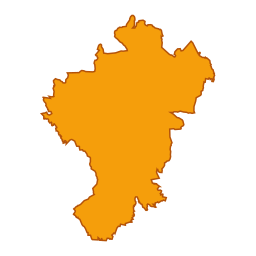 outline of Tepetlán, Veracruz, Mexico
{"feature_id": "50627088B10984666318853", "entity_name": "Tepetlán", "entity_type": "district", "adm_level": 2, "iso_a3": "MEX", "parent_name": "Mexico", "parent_adm1": "Veracruz", "projection": "albers", "projection_center": [-96.778, 19.664], "detail": "fine", "context": "isolated", "style": "filled", "palette": "amber", "viewbox_px": 256, "rotation_deg": 0, "n_neighbors": 0, "source": "geoboundaries", "source_scale": "gbopen_adm2", "svg_char_len": 5740}
<svg xmlns="http://www.w3.org/2000/svg" viewBox="0 0 256 256"><path d="M41.4,113.7L43.8,116.1L43.8,118.8L44.6,119.0L45.2,118.4L46.2,119.1L47.1,118.8L48.1,119.1L48.6,119.9L48.6,121.4L49.9,123.0L51.2,122.2L51.6,122.5L51.5,124.2L51.8,125.4L52.2,125.7L53.3,125.3L53.4,124.3L54.2,123.9L56.8,127.2L56.8,127.7L55.7,128.2L56.2,130.9L56.8,130.6L58.7,132.4L58.5,133.7L59.2,135.1L59.9,134.8L60.9,135.8L60.4,136.3L61.4,136.8L60.7,137.8L62.6,140.1L62.2,140.7L63.0,141.8L63.2,143.2L64.9,142.7L64.2,141.4L65.0,140.6L65.9,141.1L66.5,142.7L66.3,143.9L69.8,140.2L70.9,139.6L71.9,139.5L74.7,141.1L76.7,146.2L79.2,146.4L79.5,146.9L79.4,147.9L79.9,150.0L82.5,149.8L83.2,151.0L85.0,151.3L86.9,154.0L87.4,156.0L89.9,157.2L90.4,157.9L90.4,161.8L89.7,164.0L90.2,165.7L91.3,167.0L91.2,168.8L95.0,171.2L96.0,173.3L96.1,175.6L97.1,177.3L97.2,178.8L97.7,179.3L96.8,184.1L92.8,188.4L93.5,191.5L93.4,192.7L93.8,194.1L94.2,194.5L89.5,197.1L88.2,199.1L84.3,200.6L80.6,204.4L78.6,205.5L78.0,205.4L77.4,206.3L76.8,206.3L76.0,206.8L74.4,208.6L73.6,208.3L73.9,208.6L73.7,208.9L75.2,210.6L75.2,211.7L74.1,213.4L74.3,214.0L73.6,214.0L73.5,214.4L75.5,215.7L75.7,216.3L76.3,216.7L76.3,217.3L77.2,217.7L77.9,217.4L78.1,218.3L79.9,219.4L82.0,224.5L82.8,225.7L84.2,226.6L85.4,228.5L87.1,232.6L88.0,232.6L88.0,235.2L90.5,235.3L91.7,238.9L92.4,239.6L98.0,239.9L98.1,237.6L99.2,238.6L99.6,240.2L101.0,240.3L101.1,239.1L101.7,238.7L102.4,240.4L106.2,240.6L107.2,238.3L108.7,238.3L110.0,238.7L109.8,239.1L112.1,239.2L112.9,236.5L111.9,235.5L112.0,234.9L112.5,234.8L113.7,233.1L114.8,233.0L115.0,233.5L116.9,228.1L118.3,226.3L120.0,226.4L120.5,224.2L125.4,225.2L125.4,223.5L130.4,221.9L131.1,220.6L131.7,221.9L131.4,222.2L131.9,222.2L131.6,219.4L133.1,219.2L132.1,217.6L133.9,216.2L134.2,215.4L133.3,215.1L134.2,214.6L133.4,212.7L133.7,211.5L134.4,211.1L133.7,210.5L133.4,207.2L133.5,206.5L133.9,206.8L134.3,206.4L134.1,205.3L135.2,204.9L135.0,204.5L135.8,203.8L135.9,201.9L135.2,201.0L134.9,199.0L135.3,197.4L135.9,196.8L137.2,197.0L139.0,201.2L138.6,201.4L139.1,202.6L139.7,202.4L140.4,203.7L142.0,204.4L142.8,207.2L144.4,208.1L145.6,210.0L145.9,209.7L146.5,210.3L147.0,210.3L147.5,209.6L146.8,207.7L147.4,206.6L147.1,204.8L147.7,204.0L149.8,204.9L150.3,206.0L151.5,206.5L153.7,206.6L155.3,207.3L155.9,207.1L153.2,204.3L154.6,204.4L155.1,205.0L155.3,202.8L157.0,202.5L157.7,201.9L158.6,202.7L161.5,200.8L162.4,200.9L163.4,200.1L165.3,200.8L166.3,197.6L162.6,196.8L162.9,194.3L162.3,194.1L161.7,194.7L160.7,194.9L160.8,193.8L160.3,193.6L161.4,191.9L161.5,190.8L160.4,190.1L158.6,190.3L157.8,189.9L157.4,188.9L159.1,186.5L159.7,186.5L156.2,183.9L153.4,184.0L154.8,183.5L152.4,183.1L151.3,179.7L159.2,178.2L156.8,173.2L156.5,171.9L156.9,169.9L157.0,170.2L157.4,169.4L157.7,169.4L158.4,171.6L160.2,172.6L160.0,172.4L161.9,172.5L162.2,170.0L161.8,169.0L163.3,167.4L164.5,165.5L164.6,162.8L165.7,162.4L166.8,161.2L169.0,160.6L170.0,159.0L170.6,156.7L170.4,154.7L170.7,151.5L170.1,149.4L170.5,146.3L171.2,145.4L171.1,144.1L172.0,142.8L169.9,137.0L169.7,129.1L173.8,128.7L174.9,129.5L180.3,129.1L181.1,128.7L180.8,127.5L181.7,126.5L183.4,125.6L183.8,124.6L182.9,121.0L182.2,119.9L178.9,117.9L177.0,117.5L173.3,114.1L170.7,112.5L172.9,112.5L174.0,111.8L176.7,111.8L177.7,112.1L180.2,111.1L183.5,112.0L186.6,112.3L188.4,113.1L189.9,112.8L192.1,113.3L194.6,112.8L193.9,110.9L194.0,106.5L195.6,101.4L196.2,97.7L200.6,95.3L201.2,94.2L201.1,91.3L202.7,90.5L202.9,89.9L202.9,88.9L203.4,87.9L203.2,86.2L204.0,82.0L204.6,82.4L205.2,82.2L205.6,78.6L208.2,79.2L208.7,78.2L209.5,78.1L210.2,79.5L211.0,78.8L212.6,79.0L212.0,80.0L211.9,81.4L213.3,81.6L214.1,79.6L213.8,78.3L214.0,77.9L213.6,77.3L214.6,75.4L214.1,74.0L214.3,73.4L213.7,73.2L213.9,72.8L213.0,69.7L212.3,69.4L211.5,67.9L211.1,66.3L210.5,65.5L211.1,64.6L210.2,63.4L209.8,60.6L207.3,58.3L206.7,57.9L206.1,58.3L205.4,57.2L204.6,57.9L204.2,57.5L202.3,57.4L199.6,55.7L198.9,54.8L199.5,54.4L200.2,52.9L199.8,52.4L198.0,53.4L192.7,42.8L191.1,41.2L182.9,50.5L181.1,50.9L180.2,48.7L177.6,48.9L175.0,51.6L174.3,54.3L174.8,54.4L175.6,55.8L175.1,56.7L174.3,57.0L171.7,55.0L171.0,55.2L169.3,54.3L161.7,47.4L162.2,42.7L161.7,40.4L162.0,39.1L161.3,38.4L161.3,36.9L161.5,37.2L161.7,36.5L163.0,35.9L162.2,34.4L161.4,30.4L160.5,29.4L159.5,29.6L158.8,28.9L155.1,28.0L153.9,26.9L152.6,26.4L152.6,25.7L152.2,25.2L150.8,24.7L147.9,24.8L147.4,25.8L146.3,25.5L145.3,24.8L144.6,23.7L145.0,21.4L143.1,20.2L139.0,20.7L138.5,22.3L137.3,22.4L136.8,23.0L136.2,26.2L135.7,26.4L134.9,28.0L132.6,28.0L134.3,25.9L134.5,22.8L134.3,20.9L134.9,20.0L134.8,18.1L134.4,16.7L133.3,15.5L132.0,15.4L130.6,16.7L129.7,18.9L129.7,19.9L126.6,24.4L126.2,26.4L122.6,26.8L122.0,27.4L119.4,27.3L118.5,28.2L117.9,28.3L116.6,30.4L115.3,30.6L114.6,31.9L114.6,33.6L115.1,34.8L114.6,36.3L115.4,37.5L117.6,39.2L119.9,41.8L122.3,43.2L123.5,44.9L125.0,46.0L127.0,49.2L127.3,50.6L123.1,51.2L121.1,51.0L115.5,52.9L107.7,53.7L103.7,53.1L103.1,49.2L101.5,46.8L101.5,45.0L100.7,44.2L99.4,44.6L98.6,45.7L97.4,49.4L99.3,50.3L95.5,54.9L96.1,55.7L97.1,56.0L97.2,57.0L97.9,57.8L97.5,59.0L96.3,60.2L95.0,60.3L94.4,61.8L94.1,63.3L94.8,64.7L95.2,68.8L94.7,71.4L92.8,71.9L85.7,71.6L83.8,70.8L81.7,70.5L80.3,71.4L79.2,72.6L67.3,72.9L68.3,74.9L68.2,75.7L67.7,77.7L65.9,79.6L65.6,82.6L64.8,83.0L62.9,82.8L62.2,81.7L61.0,81.3L59.8,79.9L57.4,79.5L55.5,78.7L54.9,79.2L53.5,80.6L53.6,82.0L54.7,84.8L54.5,85.4L53.9,85.5L53.8,86.0L54.4,86.1L53.1,88.2L54.1,91.4L53.7,94.6L53.7,96.0L54.2,97.1L53.6,96.4L51.7,96.9L49.2,96.4L49.8,97.1L49.6,97.7L50.1,98.3L42.5,97.2L44.0,97.8L43.4,99.9L44.3,101.7L45.7,103.1L46.1,104.9L45.8,105.5L47.6,108.5L47.8,109.7L48.3,109.8L48.7,111.5L51.0,111.6L51.8,113.6L49.6,115.0L48.8,114.8L47.5,114.3L46.7,112.2L44.0,113.3L43.6,113.1L41.4,113.7Z" fill="#f59e0b" stroke="#b45309" stroke-width="1.5"/></svg>